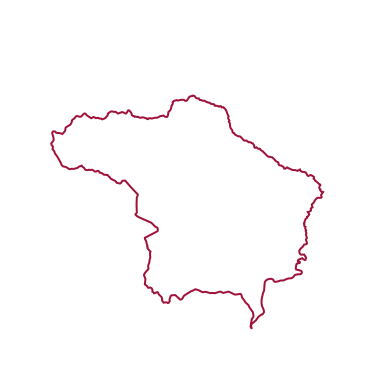 Atsabe, Ermera, East Timor (orthographic projection), rotated 226°
{"feature_id": "22284137B3640160656935", "entity_name": "Atsabe", "entity_type": "district", "adm_level": 2, "iso_a3": "TLS", "parent_name": "East Timor", "parent_adm1": "Ermera", "projection": "orthographic", "projection_center": [125.398, -8.932], "detail": "fine", "context": "isolated", "style": "outline", "palette": "rose", "viewbox_px": 384, "rotation_deg": 226, "n_neighbors": 0, "source": "geoboundaries", "source_scale": "gbopen_adm2", "svg_char_len": 6016}
<svg xmlns="http://www.w3.org/2000/svg" viewBox="0 0 384 384"><g transform="rotate(226 192 192)"><path d="M308.9,176.6L310.5,176.0L312.1,174.0L313.6,173.7L314.5,173.2L314.8,171.4L315.1,170.7L320.2,169.6L322.4,169.8L323.0,169.3L323.4,168.7L323.3,164.6L323.8,163.8L326.6,162.0L327.0,160.9L326.6,158.3L326.9,157.2L326.9,155.2L326.3,154.8L325.5,153.3L324.9,151.3L326.0,146.7L325.9,145.5L324.3,143.5L324.0,142.6L323.8,139.1L326.6,137.5L328.7,135.6L330.8,135.4L332.1,134.2L331.9,133.0L331.1,132.0L327.6,130.3L325.8,128.9L325.3,128.2L324.7,124.4L323.1,123.6L321.7,123.6L321.0,123.3L319.7,121.4L316.9,121.2L315.0,120.2L311.5,119.8L306.7,118.6L303.6,117.7L301.9,116.9L299.8,117.1L298.2,118.3L296.3,119.1L293.9,119.5L293.4,119.9L292.1,121.8L290.6,123.2L289.5,125.3L288.9,126.4L288.7,128.5L287.6,131.0L286.2,130.7L285.1,131.1L282.1,130.8L281.3,131.1L280.2,132.2L279.6,133.4L278.5,134.0L277.7,135.3L277.1,135.8L274.0,136.4L273.4,137.2L272.9,138.6L272.4,139.2L271.7,139.4L270.6,139.3L270.1,139.0L268.5,140.2L265.7,140.6L262.8,143.1L260.9,142.9L259.9,143.1L258.0,142.8L253.2,144.5L250.8,144.3L248.2,146.0L247.8,146.7L247.9,147.4L248.4,149.4L248.2,150.0L246.9,151.7L245.0,151.8L238.7,151.4L228.0,151.3L227.5,151.1L226.4,148.5L221.3,143.2L215.8,138.3L215.4,137.8L215.3,135.9L214.8,135.6L212.6,135.7L210.9,136.2L198.1,141.4L192.4,141.5L190.7,142.2L190.1,142.2L188.5,141.1L187.8,140.1L188.0,139.1L191.8,126.3L190.9,125.6L188.1,124.7L185.7,123.1L184.7,122.9L183.9,121.8L183.1,121.8L182.2,120.8L177.9,120.7L177.3,119.4L173.7,116.3L172.7,114.4L170.6,111.9L170.1,110.4L169.3,109.1L167.1,107.5L166.8,106.7L166.6,102.8L166.0,100.3L165.5,99.7L161.7,98.0L158.3,93.9L155.4,94.3L153.8,93.9L153.1,94.3L152.4,95.6L150.8,96.1L149.1,95.6L147.8,94.2L146.2,94.6L145.4,94.3L144.9,95.2L144.3,97.3L143.4,97.7L141.4,97.0L137.5,97.1L136.0,96.4L134.6,95.0L132.1,94.7L130.6,96.8L129.6,97.4L129.0,97.4L128.5,98.2L129.0,100.3L130.1,100.9L130.5,101.6L132.0,104.4L131.9,105.5L129.4,108.4L122.9,108.7L122.5,109.1L122.1,110.0L122.0,110.8L122.9,114.0L122.7,115.6L121.3,122.2L119.9,125.7L119.9,126.5L119.5,127.0L117.0,128.4L112.5,130.0L111.3,131.8L110.5,132.6L106.4,135.0L105.7,136.1L103.3,138.2L101.2,142.5L100.0,143.6L98.2,144.0L97.5,144.7L95.2,148.7L94.4,149.4L88.7,151.4L88.0,152.0L85.1,156.0L84.5,156.2L83.9,156.1L80.9,154.6L78.1,154.4L75.7,153.8L71.2,154.0L69.3,153.2L63.3,152.3L60.4,150.4L59.6,149.5L59.0,146.6L54.8,141.0L53.7,140.2L51.9,140.2L53.4,140.6L54.8,141.7L55.6,143.0L55.3,149.0L56.1,153.0L55.6,156.9L55.2,157.3L55.0,158.2L55.6,160.4L57.6,161.8L61.0,163.0L63.5,164.6L65.5,166.5L66.5,167.7L69.7,172.4L71.1,175.5L76.1,181.1L76.6,182.0L77.0,183.5L76.6,185.8L74.7,188.6L73.3,189.4L72.3,189.4L71.0,189.0L69.5,189.4L68.0,191.7L66.7,194.4L64.9,196.3L63.2,200.7L60.9,203.7L60.4,205.8L60.9,208.3L59.2,211.1L57.7,212.6L57.3,213.8L57.6,214.6L57.9,215.2L58.6,215.6L59.7,215.7L63.9,213.1L64.6,213.3L65.9,214.6L67.6,217.2L67.6,217.7L66.2,220.0L66.2,220.5L66.7,220.9L67.8,220.5L68.3,220.0L69.0,220.3L69.3,220.8L69.2,222.1L67.8,225.3L66.2,225.3L64.6,225.9L64.4,226.5L65.4,228.2L65.7,228.5L69.1,229.2L71.2,226.9L71.9,226.7L73.4,226.9L74.4,227.8L75.1,228.1L75.8,230.5L75.7,233.9L76.3,236.0L75.2,237.7L75.1,239.0L76.6,240.0L78.3,240.6L78.7,241.1L79.1,242.7L82.3,244.4L82.8,245.6L84.9,246.6L84.9,247.3L87.3,248.2L88.1,249.4L89.1,249.1L89.9,249.4L90.5,250.2L91.4,250.4L91.8,250.8L91.6,251.5L92.7,252.7L93.7,254.9L93.5,257.0L94.3,257.5L94.0,258.1L94.0,259.3L94.5,260.8L97.1,261.4L96.5,262.2L96.0,264.7L97.6,266.0L97.3,268.1L98.9,268.7L99.8,269.6L99.8,271.9L100.8,275.5L100.8,277.6L100.4,278.6L99.0,279.9L98.2,280.9L98.2,281.5L98.4,281.9L99.9,282.5L100.2,282.9L100.9,286.3L101.4,286.1L102.0,285.4L103.2,285.3L104.4,285.6L104.7,286.2L105.5,286.0L106.7,286.5L107.6,287.8L107.8,289.2L108.4,289.4L109.8,288.9L112.5,288.9L114.5,288.4L116.0,288.8L117.1,288.7L117.5,289.8L118.0,290.1L118.8,290.1L120.9,289.6L121.7,289.2L122.8,286.7L124.2,286.6L126.7,287.4L128.2,286.8L130.1,285.2L131.7,284.7L133.2,285.3L134.0,282.5L135.9,281.6L137.9,279.6L139.2,279.2L139.9,278.7L141.1,278.5L141.8,278.0L143.7,277.5L143.9,275.5L144.6,274.7L145.1,274.6L146.6,275.3L147.9,274.7L148.7,274.7L150.6,273.4L151.9,273.5L152.3,274.1L153.4,274.6L156.2,273.7L158.2,274.0L161.3,273.8L162.3,272.9L163.2,272.6L163.9,271.7L165.5,271.2L170.3,271.2L170.7,271.0L172.0,271.2L174.6,270.5L175.5,270.9L176.4,270.6L177.2,269.6L179.4,269.4L180.0,268.0L180.9,267.9L182.5,269.2L183.4,269.2L184.6,269.5L185.8,268.9L186.2,269.0L188.0,268.0L188.2,267.5L188.7,267.2L191.0,267.0L192.9,265.2L198.1,265.3L199.1,264.8L199.9,264.0L202.9,262.9L203.9,262.8L204.9,263.3L206.0,262.7L206.9,262.7L208.2,263.8L211.1,264.2L212.1,264.6L215.4,267.1L217.0,267.3L217.5,268.6L219.4,269.0L220.3,269.5L220.9,270.8L223.2,271.6L226.1,272.9L227.5,273.2L227.7,273.5L229.3,273.6L230.3,273.3L230.7,273.5L231.5,273.3L232.3,272.1L233.6,272.4L234.2,272.0L234.6,270.7L236.1,270.3L237.9,268.6L238.4,268.3L239.0,268.8L239.7,268.8L242.2,266.9L244.3,266.6L244.9,265.8L246.5,265.3L246.7,264.9L248.7,264.5L249.4,264.1L250.3,263.0L251.9,262.4L252.9,261.5L254.6,261.9L255.0,261.3L256.7,260.2L259.2,260.5L260.3,260.0L261.0,259.2L260.8,258.9L261.6,257.9L262.3,256.2L261.4,252.3L261.7,250.9L262.5,250.4L263.9,250.2L264.5,249.7L266.2,247.8L267.8,245.1L268.8,244.8L270.2,241.8L270.1,240.4L269.4,240.2L268.7,239.2L268.2,237.1L267.1,235.7L266.1,233.7L265.8,232.3L266.0,230.9L265.8,230.4L264.2,228.5L263.4,226.8L263.4,226.1L264.8,224.9L267.0,224.5L267.8,222.9L268.6,222.0L269.2,219.6L269.8,218.4L271.3,216.7L272.8,214.0L274.0,213.3L274.9,212.3L274.9,211.4L275.3,210.6L275.9,210.4L276.5,210.6L277.3,209.8L279.1,209.1L280.5,207.8L280.8,206.9L281.6,206.1L283.8,205.3L284.0,204.7L286.0,203.5L286.0,202.9L287.3,202.7L288.1,202.2L288.8,202.1L291.2,203.3L293.8,203.5L294.8,203.2L295.1,202.6L294.4,200.4L294.3,199.1L294.5,198.8L297.8,197.5L298.2,197.0L299.8,193.3L302.9,192.7L303.8,191.5L305.5,190.5L306.4,189.3L306.8,185.9L306.1,185.2L305.6,184.1L305.7,183.1L305.4,181.7L305.6,180.2L306.6,177.9L308.0,177.6L308.9,176.6Z" fill="none" stroke="#9f1239" stroke-width="2"/></g></svg>